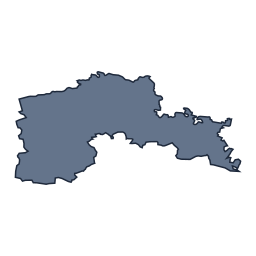 the Region of North Kazakhstan
{"feature_id": "KAZ-3204", "entity_name": "North Kazakhstan", "entity_type": "Region", "adm_level": 1, "iso_a3": "KAZ", "parent_name": "Kazakhstan", "parent_adm1": "", "projection": "equal_earth", "projection_center": [70.634, 53.821], "detail": "fine", "context": "isolated", "style": "filled", "palette": "slate", "viewbox_px": 256, "rotation_deg": 0, "n_neighbors": 0, "source": "natural_earth", "source_scale": "10m", "svg_char_len": 5812}
<svg xmlns="http://www.w3.org/2000/svg" viewBox="0 0 256 256"><path d="M98.4,71.8L103.3,73.1L104.0,73.7L104.4,74.8L105.0,75.5L106.1,75.2L108.5,73.6L109.1,73.5L113.1,74.7L118.5,75.2L122.0,76.7L122.8,77.2L125.0,79.4L125.8,79.8L128.0,80.0L129.0,80.2L132.9,82.1L133.3,82.1L133.8,81.8L134.7,80.7L135.3,80.4L137.7,79.8L138.0,79.6L138.1,78.8L138.5,78.2L139.6,77.0L140.1,76.8L142.3,77.4L142.9,77.4L144.2,77.1L144.7,76.6L145.8,76.1L147.3,75.9L148.9,76.1L150.1,76.6L149.2,77.6L149.0,78.1L149.3,78.7L153.9,83.0L154.4,84.0L154.3,86.0L153.9,87.5L154.3,88.4L153.8,89.3L153.6,89.8L153.6,90.5L153.8,91.0L154.8,91.8L155.0,92.3L154.9,93.2L155.2,94.4L156.4,95.2L157.8,95.8L158.9,96.0L160.1,96.0L160.6,96.1L161.1,96.4L162.1,97.5L162.4,98.2L162.4,99.0L162.1,99.5L161.5,99.8L160.0,100.1L159.2,100.7L159.0,101.6L159.2,104.1L159.1,104.5L159.7,105.1L159.8,105.5L159.7,106.7L159.8,106.9L160.5,107.1L160.6,107.3L160.4,110.1L158.3,110.3L156.2,109.6L155.2,109.6L154.5,109.8L154.3,110.5L154.5,111.7L156.2,111.8L156.6,112.0L156.7,112.5L156.7,113.4L156.5,114.2L156.3,114.7L157.4,115.1L157.8,115.4L159.1,117.2L159.6,117.6L160.2,117.6L161.2,117.1L162.0,116.4L163.4,114.6L164.0,114.1L164.8,114.3L165.7,114.6L166.6,114.7L167.5,114.7L167.7,114.8L168.2,115.6L168.4,117.3L169.0,117.2L170.4,116.7L171.1,116.6L172.3,117.3L173.2,117.3L174.9,116.5L175.1,116.0L174.9,114.5L175.0,113.8L175.3,113.2L175.7,112.7L176.3,112.5L181.8,112.9L182.5,113.1L183.0,113.3L183.5,113.7L185.1,116.0L185.7,116.5L186.6,116.7L187.3,116.7L187.9,116.4L188.3,115.8L188.2,114.9L187.7,114.3L186.1,114.0L185.3,113.7L184.8,113.4L184.8,112.8L184.9,112.0L185.8,110.3L185.5,110.0L184.0,109.1L183.7,108.8L183.6,108.3L184.1,108.0L187.1,108.3L188.0,108.7L189.1,109.6L189.9,110.6L190.4,111.6L190.7,112.0L192.0,112.3L192.3,112.9L192.2,113.3L191.3,114.9L196.4,116.4L196.4,116.7L196.0,117.3L195.6,117.4L194.8,117.3L194.4,118.0L193.2,117.8L192.9,118.3L193.1,119.0L193.7,119.6L194.3,120.0L194.7,120.6L194.4,121.4L193.4,123.3L193.5,123.9L194.0,124.3L194.9,124.5L195.8,124.4L196.4,124.1L197.5,123.1L198.2,122.1L198.6,121.9L199.0,121.9L201.8,122.8L202.6,122.6L202.4,121.4L201.9,120.4L201.3,119.6L200.6,119.2L199.6,119.2L197.2,119.6L197.0,119.3L197.2,118.7L197.7,117.6L198.9,116.6L200.4,116.4L207.7,117.0L209.2,116.9L209.6,117.0L210.0,117.5L210.1,118.1L210.2,119.5L211.6,119.9L211.9,120.4L212.2,121.4L212.7,121.8L221.0,123.2L221.4,123.2L221.5,122.9L221.6,122.1L221.9,122.0L223.0,122.1L224.0,122.9L224.4,123.0L225.1,122.9L225.4,122.6L225.5,122.2L225.4,121.4L225.6,120.7L227.3,120.4L227.7,119.9L227.6,119.5L227.3,118.8L227.6,118.6L229.1,118.4L229.6,118.5L229.7,119.3L230.0,119.4L231.5,119.1L230.4,124.6L230.1,125.5L229.5,125.9L228.7,126.1L224.5,125.5L223.7,125.5L223.0,125.8L222.5,126.3L221.9,127.1L223.3,127.8L220.7,128.5L220.3,128.9L219.7,132.1L218.5,132.2L217.9,132.4L217.5,132.9L217.3,133.5L217.4,134.0L218.4,134.8L217.6,136.0L222.1,137.8L221.0,140.0L222.8,141.0L223.1,140.9L223.9,140.3L227.5,145.8L225.7,146.1L224.1,147.0L223.9,149.7L225.1,151.6L227.0,150.4L228.5,148.9L229.7,148.3L230.5,148.8L231.3,148.6L233.0,149.3L231.2,151.5L230.0,153.8L227.7,157.1L226.8,158.2L229.3,157.3L230.8,157.7L230.2,159.2L229.8,162.2L233.2,162.8L235.2,159.8L238.4,159.2L240.6,161.2L239.9,163.9L239.0,165.0L238.4,166.7L237.3,168.9L236.4,167.6L233.3,166.2L232.4,166.0L233.2,169.0L237.0,169.9L239.1,171.4L230.3,170.9L225.1,167.9L213.4,164.8L210.6,164.5L209.9,160.2L208.7,158.1L208.5,156.3L207.0,154.7L206.1,155.5L204.5,155.6L201.1,156.3L198.1,155.9L195.8,156.4L190.1,159.4L181.2,159.2L177.4,158.2L175.8,155.7L177.3,153.9L177.5,150.4L178.4,149.2L177.1,147.6L174.3,145.3L172.2,142.8L165.5,145.5L164.0,145.9L162.4,145.8L161.4,145.2L157.9,144.6L157.9,142.6L157.7,142.2L156.9,141.6L149.8,141.7L146.0,142.2L144.9,144.7L142.8,145.3L142.2,147.7L140.2,146.9L138.5,144.7L135.7,143.2L132.0,143.5L130.3,143.4L131.3,141.9L132.4,140.6L132.8,139.3L131.7,138.8L128.8,138.8L127.3,138.5L126.3,139.0L126.2,136.7L125.2,133.8L124.3,132.8L122.7,132.0L117.8,132.1L113.2,134.2L112.3,135.4L112.0,136.2L113.3,137.2L113.1,138.5L111.4,138.6L110.5,135.9L109.5,135.5L108.4,134.4L105.6,132.7L104.3,133.6L102.6,134.5L100.3,134.3L100.2,133.7L99.2,133.5L97.4,133.8L96.6,134.2L95.3,134.2L95.9,136.0L96.3,136.6L94.8,137.0L91.7,137.3L92.1,138.7L92.8,139.1L91.0,139.6L89.4,141.1L87.4,142.0L89.2,144.9L91.2,146.6L94.0,147.6L95.3,150.2L96.8,152.2L95.9,156.0L93.7,157.4L94.5,162.9L94.7,163.2L91.3,164.5L89.3,165.9L86.8,166.8L85.7,168.3L85.4,169.2L84.4,169.9L83.5,171.1L82.2,171.0L76.4,173.2L74.7,173.4L74.7,175.0L76.8,177.1L73.9,179.7L71.7,180.2L71.7,181.2L71.1,182.2L68.4,181.5L61.9,178.4L58.4,177.5L55.3,178.0L54.8,183.2L49.0,183.6L46.2,184.2L36.7,182.8L33.3,182.7L31.9,180.2L25.3,180.3L22.5,181.1L20.5,178.5L15.4,177.3L15.7,171.3L16.8,165.7L19.1,163.9L19.5,161.3L19.6,159.6L18.8,157.9L17.9,157.1L17.5,155.8L19.2,153.3L25.4,152.7L28.0,151.2L25.5,149.3L23.9,147.1L24.0,143.4L23.1,139.3L19.6,138.7L18.6,135.8L21.2,133.6L21.8,130.0L20.0,127.9L18.1,127.7L16.8,124.3L16.2,121.3L19.3,119.9L26.2,117.6L24.0,114.7L20.8,113.6L19.1,111.9L22.4,110.8L19.1,99.1L28.9,96.5L30.6,96.3L34.2,96.4L35.9,96.3L36.5,96.0L37.6,95.2L38.2,94.9L43.6,94.7L44.5,94.6L46.1,93.9L47.0,93.8L49.1,93.8L50.2,93.6L50.9,93.0L51.5,92.2L52.2,91.7L53.0,91.4L54.8,91.8L56.6,91.5L61.6,91.6L63.7,91.2L65.4,90.1L67.0,88.3L67.9,87.9L68.8,87.6L69.7,87.7L72.3,88.6L76.7,88.1L77.2,87.8L77.4,86.9L78.0,86.7L78.3,86.4L78.6,85.3L79.2,85.1L79.9,85.0L80.6,84.8L80.7,84.1L78.5,83.2L77.5,82.3L77.9,81.4L77.1,80.8L78.9,80.1L79.5,80.0L80.7,80.4L81.2,80.4L82.6,80.0L83.3,80.0L85.4,80.4L87.3,79.9L88.9,79.9L89.2,79.6L89.3,79.3L89.2,78.3L89.7,77.9L90.9,77.3L91.2,76.8L91.1,75.5L91.7,74.3L92.3,74.6L95.0,74.9L95.7,75.1L96.2,75.5L97.7,77.2L98.4,77.4L99.1,77.1L99.4,76.7L99.4,76.1L99.3,74.8L98.0,74.3L97.6,74.0L97.2,72.6L97.2,72.3L97.5,72.1L97.9,71.8L98.4,71.8Z" fill="#64748b" stroke="#1e293b" stroke-width="1.5"/></svg>